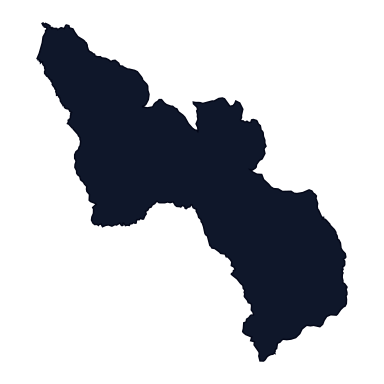 Catamayo, Loja, Ecuador (Albers equal-area conic projection)
{"feature_id": "8360857B67514259930674", "entity_name": "Catamayo", "entity_type": "district", "adm_level": 2, "iso_a3": "ECU", "parent_name": "Ecuador", "parent_adm1": "Loja", "projection": "albers", "projection_center": [-79.405, -3.991], "detail": "fine", "context": "isolated", "style": "filled", "palette": "ink", "viewbox_px": 384, "rotation_deg": 0, "n_neighbors": 0, "source": "geoboundaries", "source_scale": "gbopen_adm2", "svg_char_len": 5851}
<svg xmlns="http://www.w3.org/2000/svg" viewBox="0 0 384 384"><path d="M68.9,25.7L66.4,25.0L65.7,25.4L64.3,28.6L61.1,27.7L57.7,29.6L56.7,28.4L53.2,28.5L52.7,27.8L52.0,28.7L51.6,28.7L51.2,27.4L49.8,27.1L50.0,25.8L48.1,24.6L45.4,23.4L44.0,24.3L43.4,24.0L43.0,23.0L42.1,23.5L43.2,25.7L44.4,26.5L44.4,27.0L46.4,27.4L47.1,29.0L46.4,30.2L45.6,30.4L45.6,32.4L43.1,36.9L42.3,42.8L41.2,46.7L39.3,53.4L37.1,58.6L37.9,59.1L38.1,59.9L39.3,59.7L39.7,60.7L39.5,61.1L40.4,61.5L40.5,62.8L41.5,61.7L42.6,61.8L42.4,62.8L43.1,64.7L44.7,66.5L44.6,68.1L45.3,70.0L44.6,71.5L44.7,73.7L45.5,73.8L46.0,75.2L46.8,76.2L47.9,76.4L48.5,77.8L49.2,77.9L49.4,78.8L50.9,80.3L51.5,80.3L51.2,81.4L51.8,81.7L52.5,83.5L52.2,84.4L53.7,86.7L54.7,87.5L54.9,88.9L56.0,89.7L55.8,91.7L56.5,93.5L56.6,95.3L57.7,95.1L58.7,95.8L58.6,96.8L59.4,97.2L60.2,99.1L60.4,101.1L62.3,104.1L63.2,104.7L63.0,105.6L64.6,105.9L64.5,107.3L65.4,108.2L66.8,108.7L67.3,108.5L67.7,108.9L68.6,108.8L70.0,111.5L71.6,112.4L70.6,113.9L71.0,114.6L70.5,115.5L70.4,118.0L69.7,119.3L69.1,119.4L68.8,120.2L68.2,120.3L68.4,122.0L67.5,123.6L68.8,124.1L72.2,127.9L73.0,128.2L73.3,129.1L78.0,134.4L78.4,135.7L80.0,137.5L80.0,139.4L80.7,141.1L80.2,145.6L79.1,147.1L78.5,149.6L76.0,151.7L74.7,154.7L74.7,158.4L75.8,160.3L76.0,161.8L75.1,164.4L74.9,167.4L76.6,170.6L76.7,173.1L77.6,174.7L79.8,176.4L80.6,179.8L83.5,182.2L84.5,184.1L86.8,186.5L86.5,189.1L86.9,191.4L89.5,194.5L89.2,200.2L90.5,201.5L94.8,203.2L96.2,204.3L92.7,207.5L93.6,209.1L93.5,213.4L91.9,217.0L91.5,220.1L93.0,223.1L94.7,224.5L97.2,224.4L98.4,225.4L99.2,224.4L101.1,224.0L102.5,226.7L105.8,225.3L108.5,224.9L111.9,226.1L114.9,224.6L116.6,225.0L119.6,223.2L120.2,223.4L121.0,224.9L122.0,225.6L123.0,225.2L122.8,223.3L123.7,223.1L125.4,225.6L127.0,225.1L129.3,225.4L129.8,224.0L132.1,223.6L133.1,222.6L135.2,223.2L136.1,223.0L136.4,220.7L137.1,219.6L139.2,219.7L140.4,218.3L142.3,219.1L143.5,219.0L144.9,215.7L146.2,214.0L145.5,211.5L147.8,210.1L148.8,207.9L151.2,207.0L152.2,205.0L154.6,203.7L156.6,201.3L157.5,201.4L158.9,202.6L160.0,202.7L164.9,202.7L167.6,201.9L170.1,202.6L173.2,201.8L175.3,205.3L176.8,206.4L179.9,206.6L180.8,207.0L182.1,205.4L184.7,206.4L185.1,208.2L186.1,208.7L187.9,207.2L189.8,206.8L191.1,204.6L191.9,204.7L193.2,207.7L196.5,209.4L196.2,211.1L198.0,214.5L198.7,217.4L201.0,219.5L201.2,221.7L202.3,223.0L203.6,226.8L204.9,233.1L205.6,234.6L207.5,236.1L209.9,245.5L210.9,246.2L211.9,248.0L214.8,248.5L219.4,251.9L220.7,253.4L225.1,254.0L226.2,256.8L227.8,256.9L230.5,259.8L231.8,262.0L231.3,265.6L233.8,266.9L235.1,269.2L234.8,269.9L233.5,270.6L233.2,272.6L231.5,273.6L231.4,274.4L237.1,278.9L240.6,283.4L242.9,285.4L243.3,288.5L244.8,290.0L244.2,292.5L244.8,293.8L244.3,296.1L244.6,296.9L247.4,300.3L248.3,302.7L250.5,303.3L251.4,304.3L251.6,306.0L251.3,310.0L253.1,312.4L253.6,314.9L253.3,315.2L251.2,315.1L250.4,315.6L248.8,317.8L246.6,319.2L246.2,321.7L245.4,322.3L243.8,322.8L243.4,328.6L242.7,331.5L243.3,332.5L245.7,334.5L251.8,337.0L250.7,340.7L254.5,341.7L254.1,344.9L259.0,351.9L259.3,353.8L258.8,356.0L260.0,360.9L263.6,361.0L265.1,359.7L266.9,356.9L268.6,355.5L270.8,354.5L272.9,354.2L274.1,353.2L274.8,353.4L274.4,352.5L275.1,351.7L274.9,350.6L275.8,349.0L276.6,348.6L277.4,343.3L280.2,342.0L281.8,340.0L283.3,339.2L286.7,339.6L291.0,339.1L295.7,337.6L299.8,333.6L302.0,329.0L306.3,325.5L307.2,325.3L310.4,325.8L313.6,325.3L319.9,326.7L322.6,324.3L324.1,320.4L326.7,316.4L330.7,314.7L336.3,315.1L337.3,314.3L340.7,309.5L343.5,306.8L345.0,306.2L346.3,303.7L346.5,299.5L346.0,295.8L346.9,294.6L346.9,292.4L346.1,289.4L346.2,288.2L346.8,287.8L346.3,287.3L346.8,286.8L344.6,283.8L342.8,282.7L342.9,280.5L342.2,277.7L342.3,274.6L343.0,272.9L342.2,271.8L342.4,270.1L342.9,269.7L342.3,269.3L342.8,268.5L342.7,266.5L343.8,266.2L344.7,264.9L344.7,261.2L343.3,259.1L345.4,257.8L345.8,257.0L345.2,253.6L342.4,250.6L341.0,248.2L340.4,242.9L338.9,240.0L337.7,239.4L337.1,235.8L335.8,233.4L335.9,232.3L334.4,229.7L329.9,225.0L329.9,224.3L326.1,220.1L324.9,219.2L323.8,219.2L323.6,217.9L322.9,219.1L322.3,219.1L322.7,217.7L321.4,216.5L318.6,210.2L317.6,209.0L317.2,206.5L317.6,203.3L315.9,198.3L316.4,196.0L314.9,194.2L313.4,193.3L311.9,191.0L309.1,189.9L302.9,192.6L297.0,193.6L294.1,193.3L291.1,191.3L282.4,191.5L278.2,189.0L273.5,188.6L270.7,186.8L268.6,184.2L263.6,179.6L261.7,174.5L256.8,174.2L252.3,171.8L250.0,169.6L252.4,170.0L255.3,168.1L256.2,167.0L256.5,164.5L258.6,161.4L259.8,160.1L262.1,158.9L264.9,153.5L264.0,149.4L264.5,148.0L266.0,146.2L264.8,143.2L264.8,140.1L263.4,136.3L263.1,132.7L262.4,131.3L261.1,130.2L260.3,125.7L258.3,124.0L257.1,121.1L256.3,120.4L253.2,119.5L251.6,119.9L250.9,122.3L249.5,122.5L248.4,122.4L247.4,121.4L246.7,121.3L244.9,122.4L243.2,120.9L241.2,120.9L240.5,119.8L241.5,117.6L241.4,115.3L242.8,109.2L239.7,103.0L235.8,101.0L234.7,103.7L233.0,105.7L229.9,106.3L224.5,98.8L222.4,98.0L218.8,98.5L214.1,101.1L212.2,101.0L202.8,103.5L199.9,102.6L195.2,102.5L193.3,102.1L193.5,103.8L196.9,107.0L197.7,109.3L196.7,110.9L197.6,114.6L197.4,116.3L198.0,119.2L196.1,123.9L197.7,127.2L198.1,130.3L197.8,131.6L196.7,130.3L194.9,130.0L192.4,128.2L188.4,123.7L184.8,117.2L182.7,115.0L178.4,111.8L176.9,108.9L174.7,108.1L172.7,106.3L170.9,106.2L166.4,104.6L164.2,102.9L161.5,99.6L159.2,99.6L157.7,101.4L155.7,102.5L154.2,104.1L152.9,106.6L152.3,107.0L147.2,107.9L142.9,107.0L142.6,106.4L144.7,105.4L146.0,104.1L148.3,99.6L149.0,94.3L147.8,90.2L147.7,86.1L146.7,84.2L142.7,80.1L142.3,78.4L141.3,76.8L137.3,71.7L134.6,70.4L129.0,69.1L127.8,69.2L123.1,66.8L122.7,66.2L119.8,65.9L118.7,63.2L115.1,60.3L112.8,60.6L110.9,61.6L108.5,59.7L105.8,58.4L101.7,57.9L100.4,56.7L97.0,56.8L96.7,56.4L95.2,56.2L94.5,54.2L93.1,53.8L91.6,52.4L89.5,51.5L88.3,50.0L87.2,46.4L87.2,45.1L86.1,42.7L85.2,42.5L84.9,41.5L83.4,40.1L77.7,36.6L74.6,32.1L72.9,28.9L69.4,27.9L68.9,25.7Z" fill="#0f172a" stroke="#020617" stroke-width="1.5"/></svg>